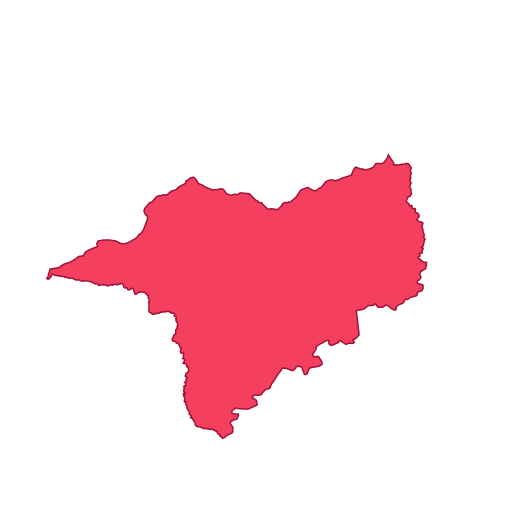 the district of Garzón, Huila, Colombia, rotated 220°
{"feature_id": "7082276B84511387855625", "entity_name": "Garzón", "entity_type": "district", "adm_level": 2, "iso_a3": "COL", "parent_name": "Colombia", "parent_adm1": "Huila", "projection": "natural_earth1", "projection_center": [-75.581, 2.163], "detail": "fine", "context": "isolated", "style": "filled", "palette": "rose", "viewbox_px": 512, "rotation_deg": 220, "n_neighbors": 0, "source": "geoboundaries", "source_scale": "gbopen_adm2", "svg_char_len": 6132}
<svg xmlns="http://www.w3.org/2000/svg" viewBox="0 0 512 512"><g transform="rotate(220 256 256)"><path d="M371.8,220.9L370.7,218.4L367.3,216.6L364.9,216.8L362.8,214.4L359.2,204.2L358.7,200.8L358.6,199.4L359.4,197.2L359.2,193.0L362.4,184.1L365.1,180.2L367.3,178.8L373.0,177.4L379.1,173.7L383.3,170.0L386.7,165.8L385.8,162.9L383.9,162.1L384.0,160.4L388.1,152.9L389.3,148.9L388.4,145.2L391.5,141.7L392.3,137.8L394.2,132.2L398.1,125.9L399.7,120.1L405.4,113.5L403.9,110.7L403.6,109.1L402.4,107.6L401.7,104.2L400.3,104.6L399.8,105.5L399.7,108.0L400.5,111.3L397.3,112.1L389.4,117.0L388.4,116.8L387.4,118.2L385.2,118.5L382.9,120.8L378.8,121.7L375.7,124.2L374.7,124.1L372.0,125.7L370.0,128.2L368.3,128.7L366.3,130.1L361.1,131.3L359.6,132.9L358.4,133.0L358.0,132.3L357.3,132.4L354.8,136.0L354.0,135.8L353.5,136.7L350.2,137.8L349.2,140.1L347.1,141.5L346.3,143.5L343.7,144.6L343.7,145.7L342.0,147.2L341.7,148.3L340.5,148.9L339.0,148.6L337.0,147.0L335.7,147.4L334.7,148.8L332.6,147.8L331.3,148.5L330.1,151.8L329.1,152.2L324.8,149.2L323.5,149.2L322.1,153.4L319.7,155.5L317.9,156.5L313.7,156.2L313.1,156.6L312.2,155.1L309.6,154.0L308.3,151.2L307.2,150.8L302.5,144.8L301.5,144.4L299.8,145.1L298.1,144.8L297.1,145.3L296.1,146.6L296.1,147.7L295.3,147.8L293.3,150.2L293.1,151.8L292.2,152.1L290.7,154.2L289.7,154.5L289.3,155.5L287.1,157.7L286.1,157.5L285.3,158.3L284.3,157.6L282.7,159.1L280.5,159.1L280.1,157.4L278.4,158.0L277.5,157.6L277.1,156.9L277.2,156.3L276.6,156.5L275.3,154.6L273.8,154.5L272.6,153.7L271.6,152.8L270.9,150.8L269.8,150.4L270.0,147.9L267.6,144.8L267.5,143.8L268.0,143.2L267.8,141.6L267.1,140.6L267.1,139.1L266.1,137.8L264.5,137.5L263.5,138.4L262.1,138.7L260.9,138.1L260.0,139.1L259.3,139.1L254.5,136.8L253.7,137.4L252.7,134.4L251.3,133.4L249.2,135.0L246.6,131.9L246.3,130.3L244.9,130.8L243.3,130.2L243.4,128.7L242.6,128.2L242.8,127.0L240.3,128.3L238.9,128.1L237.9,126.6L236.1,127.3L235.4,126.0L233.8,125.0L233.5,122.6L234.2,121.4L233.4,120.1L233.3,119.0L232.7,118.4L231.6,118.8L231.2,118.2L230.1,118.0L230.1,116.1L229.2,115.2L229.4,113.2L227.6,113.3L227.3,112.0L226.4,111.1L227.4,110.4L227.4,109.3L225.9,108.9L225.4,106.9L224.0,105.7L222.6,105.9L222.5,105.0L223.2,104.0L223.0,103.6L221.3,104.2L221.6,102.2L218.9,101.6L218.2,99.5L217.2,98.5L216.8,98.4L215.9,99.3L215.0,97.6L212.9,96.6L212.2,96.8L211.4,95.3L208.5,93.9L206.7,94.2L205.8,92.0L202.8,92.0L202.3,90.2L200.5,90.5L196.8,89.5L195.2,89.0L194.7,88.1L193.2,87.3L190.9,87.7L189.3,89.0L184.4,90.5L183.7,92.1L183.0,91.9L179.6,93.6L178.5,95.1L176.6,95.3L176.1,96.2L174.0,95.9L173.1,96.6L171.8,95.6L170.7,95.4L169.0,96.0L168.3,94.8L167.5,95.4L166.2,95.1L165.6,95.5L164.5,94.8L163.3,96.8L163.3,98.9L160.6,105.2L160.9,106.6L163.8,110.0L168.1,111.1L168.7,112.9L168.5,114.2L167.3,116.7L165.8,118.6L167.1,122.7L168.1,123.5L171.6,120.6L173.3,120.3L174.5,120.9L174.9,122.6L173.6,126.7L171.0,128.0L163.7,133.6L159.3,142.5L162.8,145.7L167.0,145.2L168.1,145.7L168.6,146.5L167.1,149.3L164.8,150.5L162.8,153.2L163.2,156.2L163.0,158.6L162.4,160.8L161.0,162.3L160.5,163.7L161.9,168.1L162.0,171.2L163.3,180.4L163.2,184.5L163.9,186.3L163.6,187.3L160.3,189.5L154.8,191.3L154.0,192.0L153.5,195.9L154.0,197.4L153.0,198.7L150.3,200.1L149.3,200.1L142.9,196.5L142.0,196.9L141.2,198.4L141.2,199.2L142.5,202.5L142.9,204.8L136.7,212.3L135.9,214.7L135.9,215.8L136.8,216.8L138.8,217.7L143.1,219.1L144.5,218.8L145.5,216.9L146.8,216.1L149.4,216.8L150.0,222.8L151.6,225.7L150.6,229.2L148.7,233.4L148.4,235.4L146.3,237.9L145.7,237.9L144.1,236.0L142.8,235.4L140.7,235.9L137.1,243.0L137.9,243.9L137.5,245.3L130.3,246.1L128.7,249.0L125.2,251.7L125.6,253.4L127.1,253.4L127.9,254.4L126.6,256.4L126.3,261.8L143.9,278.5L143.9,279.2L139.8,283.7L138.6,287.3L138.5,289.6L134.2,293.9L134.1,296.0L133.4,296.2L129.6,295.2L125.8,298.4L125.1,301.9L122.0,302.9L118.4,302.7L116.0,303.2L114.2,304.5L114.7,305.7L115.4,305.6L115.7,306.1L115.6,310.1L113.1,314.2L113.1,315.7L113.9,317.4L113.7,318.3L111.9,320.5L111.2,323.4L107.6,328.6L107.7,329.9L109.0,331.9L106.6,336.2L107.2,337.0L107.2,338.8L109.8,341.2L111.8,340.3L112.6,339.3L113.3,339.5L114.1,338.9L115.4,339.3L116.4,341.1L115.5,342.8L115.9,345.8L118.4,346.8L119.9,349.6L117.9,355.3L118.1,355.9L119.1,356.6L119.2,358.3L120.1,359.0L121.2,360.8L124.5,358.5L126.0,359.1L126.7,358.4L127.8,359.1L130.5,358.6L131.1,359.7L130.3,361.4L132.3,363.1L130.7,364.9L132.6,367.9L132.6,369.1L133.5,369.4L134.7,368.8L134.4,371.2L136.8,375.6L137.2,377.4L140.1,378.5L140.4,379.8L141.3,380.8L143.9,382.2L145.2,383.7L146.1,383.8L147.3,385.2L148.7,385.6L148.6,387.4L149.4,388.5L150.4,388.6L153.3,387.2L155.5,386.9L156.1,387.5L156.4,389.1L156.4,391.3L158.5,392.6L160.4,392.6L161.9,391.8L164.3,394.5L165.1,394.4L165.6,393.4L166.3,393.0L167.9,393.6L168.6,394.7L169.3,394.7L170.6,393.1L172.6,394.3L175.3,394.2L176.4,395.0L177.5,399.3L176.3,400.9L176.8,403.4L178.5,404.7L179.5,406.2L183.3,408.3L184.1,411.6L187.0,412.9L187.5,415.3L189.3,416.3L189.5,417.7L190.7,419.5L192.8,420.5L193.4,422.8L194.4,423.7L196.5,423.9L197.7,424.7L199.2,424.4L199.8,423.4L200.7,423.3L200.9,422.3L202.0,421.0L203.8,419.5L204.6,417.9L208.0,415.3L208.4,414.3L209.3,414.3L210.4,415.8L219.7,418.5L218.4,415.4L218.1,410.1L218.5,408.8L219.5,407.0L222.1,405.4L223.6,403.7L223.1,399.4L225.1,395.5L227.6,392.3L229.9,391.4L231.7,390.0L236.7,388.2L237.0,387.2L236.3,383.3L235.0,379.1L240.6,370.1L241.3,368.0L244.0,364.3L245.8,363.7L248.0,362.1L250.3,357.9L250.1,350.5L251.4,348.0L251.5,345.8L252.2,344.5L254.2,342.9L260.5,341.8L263.5,336.5L264.1,334.7L263.1,327.0L264.2,320.2L265.1,318.6L268.8,314.7L269.1,313.0L268.6,309.9L269.5,305.2L275.1,301.8L276.1,300.0L277.7,299.5L284.4,299.9L285.3,300.6L286.2,300.4L287.7,299.0L288.4,298.9L289.3,299.3L292.4,298.6L301.2,299.4L308.7,294.2L309.9,290.7L312.0,289.8L313.6,287.0L315.0,286.0L318.5,284.8L322.9,285.9L324.7,285.8L326.1,284.8L330.1,280.1L332.2,278.6L339.0,276.3L343.5,275.7L346.7,274.4L349.8,275.8L354.1,276.3L354.8,275.9L356.7,273.2L357.0,270.2L358.0,268.8L356.9,266.8L356.9,265.8L359.4,259.8L359.8,258.2L359.7,255.6L362.7,251.0L363.4,245.6L366.6,243.1L367.4,241.4L368.5,240.6L370.3,237.8L370.4,230.3L371.8,228.5L371.8,220.9Z" fill="#f43f5e" stroke="#9f1239" stroke-width="1.5"/></g></svg>